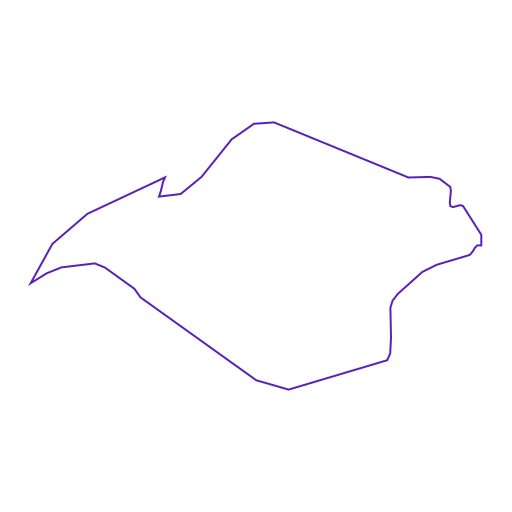 Isle of Wight, Albers equal-area conic projection
{"feature_id": "GBR-2758", "entity_name": "Isle of Wight", "entity_type": "Unitary Authority", "adm_level": 1, "iso_a3": "GBR", "parent_name": "United Kingdom", "parent_adm1": "", "projection": "albers", "projection_center": [-1.252, 50.678], "detail": "fine", "context": "isolated", "style": "outline", "palette": "violet", "viewbox_px": 512, "rotation_deg": 0, "n_neighbors": 0, "source": "natural_earth", "source_scale": "10m", "svg_char_len": 661}
<svg xmlns="http://www.w3.org/2000/svg" viewBox="0 0 512 512"><path d="M463.1,206.1L481.3,234.8L481.3,245.4L477.2,245.4L474.8,247.9L472.8,251.4L469.8,254.9L436.6,264.8L422.4,271.9L397.8,293.9L392.6,300.6L390.4,307.7L391.0,337.9L390.2,353.5L387.2,360.2L288.6,389.6L256.3,380.3L140.5,297.4L134.4,288.8L105.0,267.6L94.8,263.4L61.3,267.4L46.7,273.3L30.7,283.2L52.4,243.9L87.4,213.8L165.0,177.4L163.0,182.1L160.7,191.6L159.0,196.6L180.7,194.0L201.5,176.9L231.7,139.3L253.9,123.8L274.0,122.4L408.4,177.5L430.4,176.9L439.6,178.8L450.3,187.0L450.9,190.6L449.8,202.4L450.4,206.1L452.9,207.1L460.6,205.1L463.1,206.1Z" fill="none" stroke="#5b21b6" stroke-width="2"/></svg>